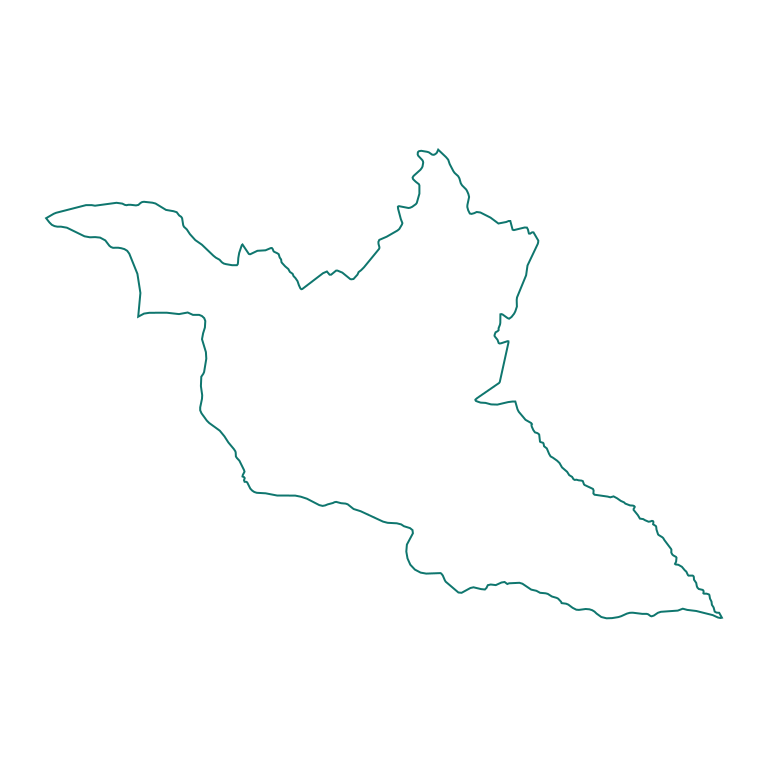 the border of Matabeleland South
{"feature_id": "ZWE-530", "entity_name": "Matabeleland South", "entity_type": "Province", "adm_level": 1, "iso_a3": "ZWE", "parent_name": "Zimbabwe", "parent_adm1": "", "projection": "orthographic", "projection_center": [29.218, -20.916], "detail": "fine", "context": "isolated", "style": "outline", "palette": "teal", "viewbox_px": 768, "rotation_deg": 0, "n_neighbors": 0, "source": "natural_earth", "source_scale": "10m", "svg_char_len": 6111}
<svg xmlns="http://www.w3.org/2000/svg" viewBox="0 0 768 768"><path d="M90.0,237.3L84.5,236.3L66.9,227.7L61.2,226.7L57.5,226.7L54.5,226.1L51.8,224.8L49.4,222.4L46.1,218.2L53.7,213.8L56.1,212.8L86.1,205.1L91.6,205.1L95.0,205.7L116.5,202.8L122.3,203.6L124.9,204.9L126.6,205.2L128.3,204.8L130.7,204.8L136.0,205.4L138.4,204.9L140.5,203.0L141.8,202.2L143.0,201.9L144.1,201.8L152.4,202.7L155.5,203.5L166.0,209.9L173.5,211.2L176.7,212.2L179.2,215.5L181.2,216.8L182.1,218.2L183.2,225.1L183.9,226.7L186.8,229.4L189.9,234.1L195.3,240.1L201.9,244.7L213.4,255.7L215.9,257.7L219.5,259.7L221.9,262.3L223.7,263.5L225.8,264.1L232.1,265.2L236.9,265.2L237.7,264.3L238.0,262.6L238.3,258.0L239.2,252.9L241.4,246.3L241.9,245.0L242.5,244.5L248.8,253.9L249.7,254.2L250.3,254.2L257.4,250.8L265.5,250.3L270.7,248.1L271.8,248.0L272.6,248.9L273.6,251.3L274.2,251.8L277.2,253.2L278.7,254.2L279.7,257.5L281.1,259.5L281.5,262.2L282.0,262.9L285.2,266.4L288.3,269.0L289.9,271.9L292.6,273.8L293.6,276.2L295.3,277.9L297.5,281.1L298.9,285.2L300.4,288.4L301.3,289.2L302.3,289.0L323.0,273.2L326.9,271.5L329.6,274.7L331.1,274.7L336.1,270.6L337.5,270.6L342.3,272.6L350.3,279.1L351.4,279.3L353.5,279.0L357.5,274.6L358.6,272.1L361.1,270.2L363.9,267.4L379.0,249.0L379.4,248.0L379.4,247.1L378.5,243.9L378.4,241.9L379.3,239.9L386.7,236.7L397.5,230.5L399.3,229.0L401.9,224.6L402.4,223.1L400.8,219.0L398.1,208.8L397.9,206.8L398.4,206.3L399.2,206.2L408.5,208.0L410.2,207.7L412.2,206.8L415.8,204.2L416.8,202.9L419.4,193.7L419.4,185.4L418.9,184.2L415.7,181.7L413.6,179.7L412.9,178.8L412.6,177.5L413.6,175.9L420.4,169.8L421.7,168.1L422.5,166.6L423.2,162.7L423.0,161.4L422.4,160.2L418.2,155.7L417.7,154.5L417.8,152.7L418.2,151.8L419.0,151.2L421.2,150.8L427.1,151.8L428.8,152.3L432.1,154.6L433.3,154.8L434.5,154.6L436.2,153.4L436.9,152.6L438.2,149.7L446.0,157.1L448.2,159.7L449.7,164.1L453.4,171.2L454.6,172.9L458.2,176.2L459.4,178.4L460.8,183.3L462.1,185.4L466.2,189.5L467.2,191.3L468.4,194.1L469.1,197.0L467.4,205.0L467.3,207.0L468.2,210.3L469.8,213.5L471.5,213.9L474.1,213.2L476.7,212.0L480.4,212.5L490.5,217.6L498.4,223.5L506.2,222.0L508.6,221.0L510.3,221.0L512.6,229.7L513.9,230.1L524.6,227.5L526.9,227.6L527.9,229.4L528.9,233.5L530.0,233.7L532.2,232.3L533.5,232.4L538.3,240.6L538.2,242.1L537.8,243.8L527.5,265.5L526.1,275.3L517.0,297.5L516.7,300.0L516.9,306.6L515.3,311.4L514.1,313.7L511.5,317.0L509.1,318.7L507.6,318.1L502.6,314.5L501.4,314.1L500.4,314.3L500.3,322.9L500.0,324.6L498.6,328.2L498.6,330.2L497.6,331.2L495.6,332.3L494.9,334.0L494.5,335.4L494.7,336.3L497.5,339.8L498.7,343.1L499.6,343.5L501.0,343.3L507.5,341.2L508.4,341.3L508.5,342.4L499.8,381.9L499.2,382.9L477.4,397.9L475.4,399.6L475.5,400.3L475.9,400.9L477.6,401.6L480.6,402.6L485.5,402.9L491.1,404.4L497.4,404.6L508.1,402.1L512.8,401.5L515.3,401.5L517.5,409.3L518.7,411.7L525.5,419.8L531.1,423.0L531.7,423.7L531.9,424.1L531.5,424.4L531.5,425.3L531.8,426.7L533.4,430.2L535.0,432.4L537.1,433.0L538.6,433.9L539.2,434.7L540.0,441.6L540.4,442.0L543.0,442.8L543.5,443.4L544.1,446.3L546.8,448.4L549.1,453.9L550.6,456.4L552.9,457.7L557.1,460.7L559.5,463.0L562.0,467.4L567.1,471.8L569.2,475.1L572.1,476.9L573.5,479.2L574.7,479.9L576.5,479.7L578.6,480.3L581.5,480.6L582.8,481.1L584.0,484.4L584.6,485.0L592.9,488.9L593.6,490.4L593.4,493.5L594.5,494.7L607.7,496.6L610.3,497.3L613.6,496.4L617.1,498.3L620.8,500.9L624.1,502.4L625.3,503.6L630.0,505.4L633.0,505.6L634.2,506.1L634.7,506.7L634.6,507.4L633.7,508.7L633.6,509.9L637.9,515.2L639.9,518.6L643.2,519.1L645.0,520.2L648.5,521.7L650.2,521.5L651.8,520.9L652.8,521.0L653.3,521.6L653.4,522.4L653.1,524.3L655.8,526.0L656.2,526.8L656.5,529.6L658.0,534.2L658.5,534.9L662.4,537.3L663.3,538.2L664.4,540.1L671.1,549.0L671.4,549.7L671.3,552.6L672.3,554.5L673.3,555.4L676.0,556.9L676.5,557.7L676.1,561.7L675.0,563.9L675.5,564.4L678.4,564.8L681.9,566.8L684.8,570.3L686.3,571.6L687.9,575.0L688.5,575.6L692.7,575.6L693.4,576.1L693.8,576.9L694.0,579.7L696.2,582.9L696.8,586.1L697.4,587.6L698.8,589.0L702.7,589.9L703.4,590.6L703.6,591.5L703.4,593.3L704.0,593.7L706.7,593.7L708.9,594.4L709.4,595.1L710.0,598.6L711.5,601.6L711.9,604.8L713.6,607.4L714.7,611.6L716.5,612.6L719.2,612.8L721.9,617.7L720.5,618.0L717.9,617.5L712.7,615.1L696.3,611.0L687.2,609.9L682.8,608.7L677.8,610.6L660.9,611.8L657.9,612.8L653.8,615.6L651.6,616.3L650.5,616.0L648.2,614.3L646.8,613.9L642.5,613.9L632.7,612.7L629.8,612.8L626.9,613.6L621.2,616.2L618.3,617.1L612.1,618.1L606.5,618.3L601.3,617.0L596.6,613.6L594.5,611.6L592.2,610.2L589.4,609.3L585.7,609.0L578.9,609.9L576.3,609.7L572.6,607.8L568.3,604.6L566.1,603.7L561.6,603.1L561.1,601.8L558.2,598.7L556.7,597.9L551.9,596.5L547.8,593.9L545.6,593.3L540.1,592.8L536.4,590.8L531.2,589.6L522.4,583.7L519.4,582.8L509.1,583.3L507.3,584.0L504.6,582.0L501.5,582.5L495.8,585.1L490.7,584.5L487.8,585.2L486.5,587.9L484.9,589.5L481.1,589.1L473.5,587.3L470.4,588.0L461.6,592.8L458.4,592.5L445.7,581.7L444.8,580.2L442.8,575.5L441.3,573.6L440.5,573.1L426.2,573.6L420.6,572.6L414.9,569.6L410.3,564.7L407.5,558.4L406.3,551.5L406.9,544.6L412.9,533.3L412.5,530.1L410.0,528.1L403.9,526.2L401.2,524.4L396.8,523.3L387.6,522.8L383.0,521.6L360.6,511.2L353.6,509.0L347.7,504.3L345.6,503.6L341.1,503.2L336.2,501.9L334.5,502.2L332.9,503.0L327.6,504.4L325.2,505.4L322.6,505.9L319.3,505.1L306.9,498.7L300.8,496.7L295.2,495.6L277.0,495.5L265.6,493.3L256.8,492.8L254.3,492.0L252.2,490.6L250.3,488.6L247.2,482.4L246.2,481.8L244.6,481.8L244.0,480.2L244.7,478.1L244.1,477.2L242.5,476.5L242.8,475.0L244.5,471.7L244.0,470.0L239.4,460.7L236.9,458.0L235.9,456.5L235.7,452.7L235.4,451.4L233.9,449.1L228.4,442.5L224.4,436.3L219.8,430.7L209.2,423.0L206.8,420.6L201.5,413.3L200.2,410.3L200.2,407.4L202.0,398.7L202.2,395.2L200.9,386.1L201.3,376.7L203.3,373.8L204.1,372.0L206.3,358.7L205.9,352.1L202.0,339.2L203.1,333.3L204.9,327.5L205.3,321.0L204.2,318.1L201.9,316.0L199.2,314.9L193.0,314.9L187.7,312.5L179.0,314.1L166.6,312.7L149.3,312.8L144.0,313.6L138.2,316.7L140.4,293.0L137.4,273.8L129.3,253.7L127.2,250.8L124.4,249.1L121.2,248.2L118.0,247.7L113.0,247.8L111.1,247.1L109.4,245.8L105.3,240.4L100.1,237.6L95.1,237.1L90.0,237.3Z" fill="none" stroke="#0f766e" stroke-width="2"/></svg>